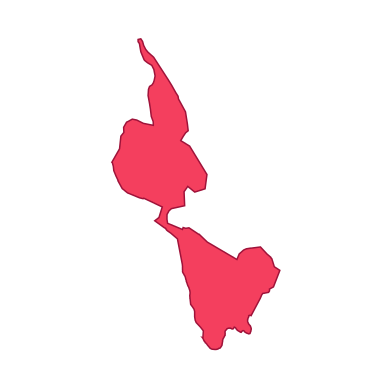 outline of Morne Dudon, Castries, Saint Lucia, rotated 81°
{"feature_id": "8701671B250084574474", "entity_name": "Morne Dudon", "entity_type": "district", "adm_level": 2, "iso_a3": "LCA", "parent_name": "Saint Lucia", "parent_adm1": "Castries", "projection": "mercator", "projection_center": [-60.965, 14.012], "detail": "fine", "context": "isolated", "style": "filled", "palette": "rose", "viewbox_px": 384, "rotation_deg": 81, "n_neighbors": 0, "source": "geoboundaries", "source_scale": "gbopen_adm2", "svg_char_len": 5730}
<svg xmlns="http://www.w3.org/2000/svg" viewBox="0 0 384 384"><g transform="rotate(81 192 192)"><path d="M214.6,233.3L223.2,224.7L223.7,223.7L224.7,223.5L225.8,222.9L226.8,222.0L229.3,219.4L233.3,216.0L236.0,213.7L236.7,213.7L261.4,212.9L261.5,212.8L262.0,212.9L262.5,212.9L263.4,213.0L264.0,213.0L264.5,213.1L265.0,213.2L265.8,213.3L266.4,213.4L266.9,213.5L267.4,213.5L268.3,213.6L268.7,213.7L269.3,213.8L269.8,213.7L270.6,213.5L271.0,213.3L271.2,213.2L272.3,212.8L273.3,212.5L274.1,212.1L274.5,212.0L275.3,211.9L275.9,211.9L276.3,211.8L276.9,211.8L277.7,211.7L278.1,211.6L278.7,211.5L279.4,211.6L279.6,211.6L280.2,211.4L281.2,211.2L282.6,211.0L284.1,210.7L284.9,210.4L285.4,210.2L286.0,210.1L286.5,210.0L287.3,209.9L287.8,209.8L288.4,209.7L288.8,209.6L289.7,209.6L290.2,209.6L290.7,209.6L291.5,209.7L292.6,210.0L293.0,210.1L293.9,210.4L294.5,210.4L295.1,210.5L295.6,210.5L296.3,210.6L296.8,210.7L297.0,210.6L302.8,210.9L305.9,209.3L308.2,208.3L310.5,208.1L315.6,208.9L319.1,208.9L321.6,208.3L326.6,204.9L330.9,202.5L337.9,204.1L337.7,204.4L337.9,204.3L338.3,204.1L339.2,203.8L339.3,203.8L339.6,203.7L339.9,203.7L340.6,203.4L340.9,203.4L341.2,203.2L341.5,203.1L341.9,202.9L342.1,202.7L342.3,202.5L342.7,202.4L343.0,202.4L343.2,202.1L343.6,201.8L343.7,201.7L343.9,201.6L344.5,201.2L344.9,201.0L345.3,200.8L345.6,200.7L345.9,200.5L346.3,200.3L346.4,200.2L346.5,200.1L346.9,199.9L347.1,199.8L347.5,199.5L348.1,199.2L348.3,199.0L348.5,198.8L349.0,198.7L349.3,198.4L349.4,198.2L349.7,197.9L349.8,197.8L349.9,197.5L350.2,197.2L350.3,197.0L350.4,196.7L350.5,196.5L350.6,196.0L350.7,195.6L350.8,195.1L350.9,194.8L351.0,194.5L351.0,194.3L351.0,194.2L351.2,193.8L351.2,193.1L351.2,192.8L351.2,192.6L351.3,192.4L351.3,192.1L351.2,191.9L351.1,191.6L351.2,191.3L351.2,191.0L350.9,190.5L350.7,190.3L350.7,190.1L350.6,189.9L350.6,189.7L350.6,189.3L350.6,189.1L350.6,188.9L350.5,188.6L350.4,188.5L350.3,188.4L350.1,188.2L349.8,187.9L349.7,187.8L349.4,187.5L349.2,187.3L349.0,187.2L348.9,187.1L348.5,186.7L348.3,186.5L348.1,186.4L347.8,186.3L347.7,186.3L347.3,186.1L347.2,186.1L346.9,186.1L346.7,186.0L346.6,185.9L346.1,185.8L345.8,185.6L345.6,185.6L345.4,185.5L345.0,185.4L344.7,185.3L344.5,185.2L344.3,185.1L343.9,185.0L343.7,185.1L343.3,185.0L343.1,184.8L342.8,184.7L342.5,184.6L342.2,184.4L341.8,184.2L341.6,184.1L341.4,183.9L341.2,183.7L340.9,183.4L340.6,183.2L340.3,183.0L340.1,182.9L339.8,182.6L339.7,182.6L339.3,182.3L339.1,182.2L338.9,182.0L338.8,181.8L338.6,181.8L338.5,181.7L338.0,181.7L337.8,181.6L337.6,181.5L337.2,181.4L336.9,181.4L336.7,181.4L336.1,181.4L335.9,181.3L335.7,181.3L335.3,181.2L335.1,181.2L334.9,181.1L334.7,181.1L334.3,180.8L334.1,180.6L333.9,180.3L333.8,180.1L333.6,179.9L333.3,179.6L333.1,179.3L333.0,179.2L332.9,179.0L332.8,178.9L332.6,178.9L332.5,178.7L332.4,178.5L332.4,178.2L332.3,177.8L332.2,177.5L332.2,177.3L332.3,177.0L332.3,176.6L332.3,176.3L332.3,176.1L332.4,175.9L332.4,175.6L332.6,175.5L332.7,175.2L332.8,174.8L332.9,174.7L333.2,174.4L333.3,174.2L333.5,174.0L333.6,173.8L333.6,173.6L333.6,172.8L333.5,172.6L333.3,172.4L333.1,172.3L332.7,171.9L332.5,171.7L332.3,171.5L332.1,171.4L332.3,170.9L332.6,170.7L332.8,170.4L333.2,170.1L333.7,169.9L334.1,169.8L334.4,169.6L334.6,169.4L334.9,169.3L335.2,169.2L336.0,168.5L336.8,167.5L337.2,167.0L337.5,166.6L337.9,166.3L338.2,165.7L338.3,165.4L338.1,165.1L337.8,165.0L337.6,164.9L337.5,164.5L337.2,164.1L337.0,163.8L336.9,163.4L336.9,163.2L337.0,163.0L337.1,162.6L337.4,162.3L337.9,162.1L338.0,162.0L338.2,161.9L338.3,161.9L338.5,161.7L338.9,161.4L339.1,161.1L339.3,160.9L339.5,160.5L339.8,160.3L339.9,160.1L340.3,159.4L340.4,159.1L340.7,158.6L341.0,158.2L341.0,157.8L340.9,157.5L340.9,157.0L340.6,156.7L340.1,156.4L339.6,156.2L339.2,156.0L338.9,155.8L338.7,155.6L338.1,155.5L337.7,155.3L337.4,155.2L336.9,155.0L336.5,154.9L336.1,154.9L335.8,154.9L335.1,155.0L334.7,155.0L334.2,155.2L333.8,155.3L333.7,155.3L333.4,155.3L332.8,155.7L332.3,156.0L332.2,156.1L331.9,156.3L331.7,156.4L331.5,156.5L331.2,156.7L330.9,156.8L330.5,156.8L330.0,157.0L329.7,157.1L329.0,157.3L328.5,157.3L328.2,157.3L327.9,157.3L327.7,157.2L327.1,157.0L326.9,156.9L326.5,157.0L326.1,156.7L325.6,156.5L325.1,156.2L324.8,156.0L324.5,155.7L323.8,155.5L323.7,155.4L323.6,155.2L323.1,154.9L322.9,155.0L322.8,154.3L322.8,154.1L322.9,153.7L323.4,153.0L307.7,141.2L306.4,140.4L305.6,139.9L305.0,139.5L304.6,139.3L304.3,139.1L303.8,138.5L303.3,138.1L303.2,137.6L303.3,136.9L303.2,135.2L303.1,132.1L301.9,131.0L300.8,130.7L300.0,130.7L298.5,126.4L283.7,117.8L283.1,117.5L278.7,122.4L270.4,123.6L269.2,124.4L269.1,124.5L268.8,124.4L264.9,127.7L257.0,133.0L256.7,142.9L256.6,143.0L256.6,147.2L257.4,150.1L260.5,155.0L265.7,158.2L243.9,184.7L234.9,191.5L235.0,191.8L226.9,200.6L226.9,203.9L225.7,206.3L227.5,207.3L219.1,221.0L215.1,221.0L210.3,220.2L206.8,217.5L206.7,217.2L205.2,214.9L204.4,201.4L190.5,199.8L185.8,195.3L192.5,189.3L190.9,178.6L177.1,174.5L146.2,187.2L146.1,187.4L139.5,195.1L135.5,191.8L132.5,189.0L130.9,186.2L124.1,185.9L111.8,185.9L98.0,190.8L95.2,190.8L91.3,192.5L83.7,195.3L77.7,197.8L52.9,208.8L49.6,211.5L46.9,213.7L44.8,214.9L43.7,215.5L39.7,216.8L35.5,217.3L32.7,218.6L32.9,221.4L34.9,221.7L35.2,221.7L37.2,220.7L39.4,220.7L45.6,220.6L53.2,218.8L54.6,218.3L57.4,215.7L60.6,211.9L65.0,210.5L71.6,210.3L75.9,211.9L78.3,213.2L80.0,214.8L81.1,217.4L83.7,218.9L89.9,220.3L97.6,220.1L103.4,220.1L111.0,220.4L116.5,219.3L120.1,219.8L116.6,229.3L112.3,235.3L110.7,239.6L112.2,243.7L112.8,245.7L117.4,249.4L122.5,250.0L125.7,253.5L138.0,256.8L150.1,266.5L150.5,266.1L154.3,265.7L158.7,265.9L164.6,264.5L169.0,263.2L169.3,263.4L177.7,260.4L182.8,255.8L189.5,244.8L191.0,241.3L190.6,240.6L202.1,223.7L212.0,228.6L214.6,233.3Z" fill="#f43f5e" stroke="#9f1239" stroke-width="1.5"/></g></svg>